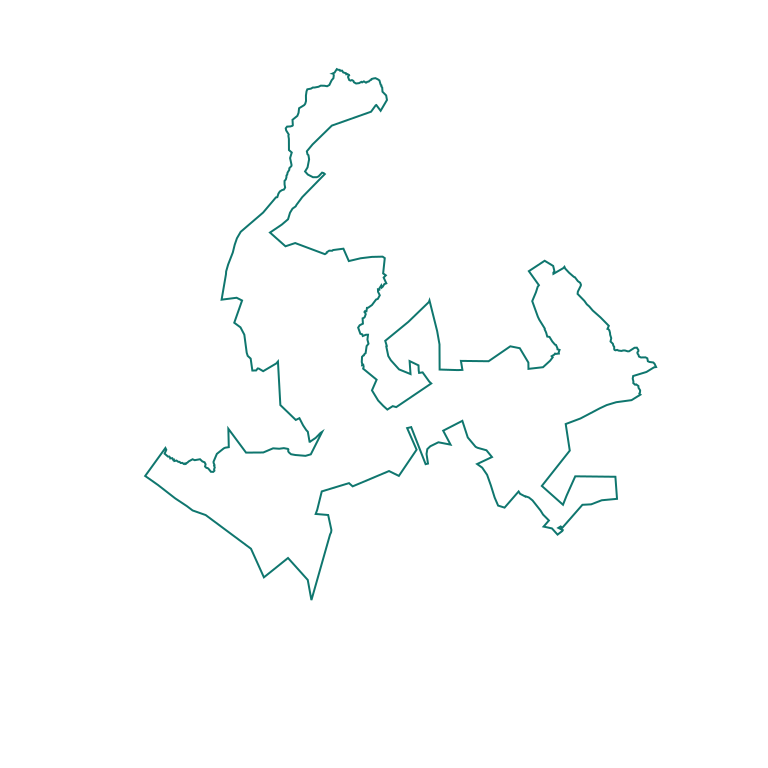 Heroica Ciudad de Ejutla de Crespo, Oaxaca, Mexico, rotated 131°
{"feature_id": "50627088B22638065525590", "entity_name": "Heroica Ciudad de Ejutla de Crespo", "entity_type": "district", "adm_level": 2, "iso_a3": "MEX", "parent_name": "Mexico", "parent_adm1": "Oaxaca", "projection": "albers", "projection_center": [-96.767, 16.598], "detail": "fine", "context": "isolated", "style": "outline", "palette": "teal", "viewbox_px": 768, "rotation_deg": 131, "n_neighbors": 0, "source": "geoboundaries", "source_scale": "gbopen_adm2", "svg_char_len": 6166}
<svg xmlns="http://www.w3.org/2000/svg" viewBox="0 0 768 768"><g transform="rotate(131 384 384)"><path d="M288.8,468.6L296.0,476.5L304.4,484.1L314.3,491.2L308.5,503.4L316.3,510.3L317.4,510.5L319.3,512.8L322.1,513.6L322.8,513.2L324.8,513.8L335.9,543.5L344.7,548.7L344.5,569.4L330.7,565.7L322.6,564.5L316.4,567.3L311.7,568.1L307.9,567.2L306.1,567.6L296.5,568.3L264.4,566.4L264.4,567.9L265.1,569.4L270.3,569.6L272.0,570.4L274.5,573.2L275.9,578.9L275.4,583.0L270.7,583.8L263.6,587.9L260.9,591.1L260.8,592.5L259.0,594.9L250.1,595.1L223.2,592.9L187.0,572.4L179.1,573.1L178.5,572.8L180.0,565.8L167.7,568.1L164.8,571.7L164.4,576.9L161.4,579.9L161.2,581.2L160.3,581.9L160.3,582.9L157.9,586.6L158.1,588.5L158.8,591.1L160.2,592.3L162.0,593.5L162.7,593.2L164.5,593.9L165.7,593.9L167.1,595.0L167.9,595.0L168.4,595.3L168.8,597.7L170.7,598.4L170.8,599.3L173.3,600.2L175.5,602.2L176.0,604.6L175.4,605.8L175.5,607.0L175.7,607.6L177.0,608.3L177.4,609.7L176.0,612.4L175.3,612.9L173.9,612.8L173.7,613.2L174.2,615.2L175.0,615.7L174.4,616.6L175.6,619.2L175.0,621.2L176.4,622.6L176.0,623.5L177.0,624.8L177.3,626.2L181.4,625.6L183.4,626.5L183.0,625.8L184.0,624.4L186.4,622.8L189.1,622.8L194.2,621.4L196.6,622.3L198.1,624.8L200.4,627.5L202.6,628.4L205.8,630.9L206.9,632.2L209.0,632.9L211.9,635.2L213.9,634.5L217.6,632.1L221.6,628.5L224.2,627.3L225.9,627.2L231.6,629.0L235.4,626.4L238.5,625.3L244.6,626.4L248.5,622.6L249.2,622.5L251.0,623.6L253.3,626.0L255.5,625.9L256.8,624.2L258.2,619.6L259.4,619.0L261.4,616.6L269.8,609.2L269.8,605.5L275.1,603.1L279.4,597.4L280.3,596.9L283.3,597.0L284.5,596.0L287.7,595.5L289.5,594.4L290.6,594.4L292.1,593.2L294.1,592.3L296.0,592.3L298.7,589.9L300.6,587.5L302.9,587.1L304.6,588.2L307.0,588.9L309.5,588.6L313.0,587.1L314.1,588.0L333.9,587.7L363.1,592.0L370.5,590.6L376.9,588.0L383.9,584.4L396.1,580.0L402.6,577.0L404.8,575.3L426.9,561.9L415.6,551.8L414.1,545.9L436.0,537.2L435.4,529.5L438.4,521.8L450.5,508.1L452.2,505.3L452.3,501.3L460.2,492.2L457.7,489.4L455.1,489.5L454.5,488.6L453.6,483.6L439.2,478.8L436.6,478.8L467.9,448.4L469.0,427.0L465.3,425.4L468.3,417.9L469.8,412.4L470.0,410.2L476.9,401.7L476.2,402.0L469.4,400.2L462.6,399.8L460.7,399.3L485.1,393.1L489.7,396.1L495.8,404.4L498.0,408.1L498.0,411.1L497.5,412.3L496.1,413.3L496.0,413.9L498.1,417.5L501.6,420.6L505.3,425.5L514.9,430.2L526.3,443.1L519.9,472.1L533.5,459.7L536.2,462.0L537.7,462.7L546.4,464.3L554.4,461.7L555.3,460.9L556.4,458.7L557.1,458.7L558.0,457.0L559.8,456.3L560.7,455.1L562.3,455.2L563.8,457.0L563.1,461.0L563.2,462.0L563.8,463.0L563.7,464.9L561.6,466.0L560.8,468.1L561.6,470.3L561.5,473.5L565.7,476.9L566.4,479.1L570.5,480.6L572.5,480.8L573.5,481.4L574.2,481.1L575.0,481.6L574.9,482.3L575.7,482.7L575.8,484.4L577.0,485.6L576.9,487.2L577.7,488.2L577.9,490.4L579.7,491.7L578.9,492.9L579.6,493.2L578.9,495.1L580.4,496.5L579.9,497.1L579.6,498.4L580.5,499.4L580.5,503.9L576.5,505.1L575.7,507.0L610.1,503.9L608.5,488.4L607.3,466.5L605.5,452.7L605.0,445.5L599.9,432.6L595.6,376.3L608.7,347.8L578.3,342.3L581.9,313.0L594.7,297.0L532.9,326.0L530.7,326.6L528.7,327.9L519.5,340.2L526.9,350.3L522.7,351.9L505.9,360.5L481.8,345.4L481.8,340.5L446.4,323.1L443.6,312.5L412.2,316.3L402.1,337.6L398.7,335.2L417.2,300.0L415.2,298.6L408.9,306.0L404.7,308.6L400.6,308.2L392.3,304.7L386.1,294.0L380.4,308.7L360.4,300.7L369.4,285.7L371.3,273.7L370.8,271.6L366.8,263.2L368.3,254.6L383.3,261.2L382.7,255.0L384.9,246.6L390.5,236.7L397.1,226.0L400.9,218.1L398.2,211.9L376.8,211.9L377.6,209.3L376.2,203.4L375.9,203.5L374.6,200.2L374.4,195.6L376.8,182.8L378.2,178.3L378.8,170.0L386.9,170.0L382.8,162.5L383.8,154.2L378.0,153.0L377.0,153.2L378.2,158.0L375.6,157.2L375.6,155.1L375.3,155.1L345.0,155.0L338.9,148.7L328.9,143.4L317.8,132.8L302.2,148.5L328.2,179.1L348.3,173.0L357.7,169.7L357.4,198.0L312.4,200.1L295.0,220.6L281.1,213.1L260.8,205.2L253.8,202.1L245.4,196.8L233.8,186.6L223.8,183.5L223.7,185.0L222.2,185.4L220.7,186.6L219.9,189.4L218.6,190.7L218.9,193.5L219.8,194.0L219.8,196.4L218.4,197.5L216.8,199.8L214.5,201.2L202.7,193.8L194.4,191.2L192.7,189.8L191.2,193.2L191.1,194.9L193.2,198.1L193.7,199.8L191.9,202.1L192.0,202.9L192.4,204.2L195.4,207.5L196.0,209.6L195.1,211.0L194.7,212.6L193.9,213.5L192.3,213.6L191.5,214.3L190.7,217.0L192.3,218.7L198.5,220.5L199.4,221.4L200.6,224.1L201.9,225.6L203.2,226.4L204.9,228.9L205.3,230.4L206.7,231.4L207.0,232.3L206.7,233.1L204.9,234.7L204.6,236.1L203.5,237.6L203.3,240.9L200.3,242.6L198.5,245.6L197.1,247.0L195.7,249.1L195.4,250.5L195.8,251.5L192.6,252.5L191.7,264.2L191.6,274.7L190.8,280.0L190.8,283.2L189.8,287.3L189.0,297.0L187.1,298.3L180.6,300.0L179.8,300.6L178.9,302.4L179.2,305.1L178.2,310.0L178.6,311.0L178.6,317.3L178.0,323.0L177.2,324.7L178.9,324.7L189.7,328.4L188.9,329.2L187.2,329.4L186.6,330.0L183.9,333.8L185.6,343.6L203.8,348.7L207.8,331.9L209.8,331.8L215.1,329.5L224.2,326.5L232.3,312.0L233.6,309.0L236.7,299.0L237.3,298.7L238.8,295.4L241.1,291.9L239.9,290.0L241.5,284.9L242.1,280.8L241.7,279.8L243.1,276.8L244.0,275.8L243.1,273.9L245.7,272.8L246.3,272.0L248.9,274.4L248.9,274.8L250.3,274.8L253.0,275.7L253.2,274.2L257.4,273.9L267.0,275.0L277.8,284.9L273.1,289.1L267.9,305.0L272.7,313.4L298.2,320.0L316.1,341.1L321.9,334.1L324.9,337.2L336.6,351.5L317.7,368.1L309.2,378.6L291.1,404.5L292.7,403.9L321.2,406.4L350.6,411.4L353.5,406.8L354.1,407.0L360.1,399.1L361.6,394.4L363.1,382.2L359.1,370.5L349.9,379.7L347.3,370.2L351.1,366.6L352.6,364.8L349.9,362.5L352.5,351.4L352.6,348.7L393.4,359.6L395.0,362.9L401.1,364.7L401.0,370.2L400.3,377.6L396.7,388.9L385.6,392.4L386.1,409.8L384.4,410.6L383.1,412.3L384.1,412.9L383.3,413.4L382.0,415.2L377.9,418.4L375.8,418.3L375.5,418.0L374.1,418.4L372.8,418.1L366.8,422.0L363.8,422.1L361.4,425.6L357.3,428.4L358.6,429.9L361.7,431.5L360.8,433.0L361.6,434.8L358.4,440.5L355.6,440.9L352.3,439.5L348.5,443.2L346.9,442.5L346.1,442.5L343.3,443.6L342.7,444.7L342.6,445.8L342.2,446.1L341.4,446.1L340.6,445.0L337.7,446.8L336.8,446.0L332.3,444.9L325.5,445.4L323.8,444.5L319.8,445.4L318.3,449.0L316.5,450.7L316.0,450.0L316.5,448.8L314.9,450.2L311.5,450.7L312.7,449.0L311.6,448.8L308.4,449.3L306.5,448.3L303.9,454.1L300.8,453.9L301.1,457.2L288.5,466.0L288.8,468.6Z" fill="none" stroke="#0f766e" stroke-width="2"/></g></svg>